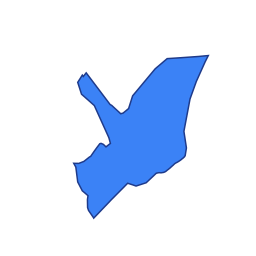 Frogn nor, Akershus, Norway (Natural Earth projection), rotated 111°
{"feature_id": "86288312B7520340450988", "entity_name": "Frogn nor", "entity_type": "district", "adm_level": 2, "iso_a3": "NOR", "parent_name": "Norway", "parent_adm1": "Akershus", "projection": "natural_earth1", "projection_center": [10.684, 59.665], "detail": "fine", "context": "isolated", "style": "filled", "palette": "blue", "viewbox_px": 256, "rotation_deg": 111, "n_neighbors": 0, "source": "geoboundaries", "source_scale": "gbopen_adm2", "svg_char_len": 1434}
<svg xmlns="http://www.w3.org/2000/svg" viewBox="0 0 256 256"><g transform="rotate(111 128 128)"><path d="M49.2,116.3L62.9,123.8L96.3,135.2L109.6,134.4L115.8,137.9L117.3,139.9L112.7,151.4L112.5,153.1L91.5,186.8L95.9,188.2L95.0,189.6L103.4,191.3L113.1,183.5L119.1,167.5L142.9,143.4L143.2,143.1L144.4,142.0L148.7,138.9L153.5,141.8L152.1,145.1L152.0,147.7L152.8,148.7L157.3,150.0L161.8,151.2L167.9,152.7L168.9,153.6L175.0,157.2L178.7,161.3L180.4,166.0L183.2,162.7L196.4,155.6L203.0,148.2L205.5,141.1L209.4,140.2L216.8,137.2L219.1,135.3L224.2,127.9L224.4,127.7L203.2,118.8L201.7,118.2L179.7,108.5L179.4,103.4L179.3,99.7L172.6,91.4L160.3,85.5L160.0,85.3L159.9,85.0L159.5,84.5L159.1,83.9L158.8,83.4L158.5,82.8L158.2,81.8L158.1,81.4L157.9,80.9L157.4,80.1L157.0,79.3L156.4,78.5L155.8,77.9L155.3,77.4L154.5,76.9L154.0,76.6L153.0,76.1L152.3,75.6L151.5,75.1L150.8,74.8L150.3,74.4L149.6,74.1L149.1,73.9L148.5,73.5L148.0,73.3L147.4,73.0L146.9,72.7L146.3,72.4L145.8,72.2L145.2,71.9L144.6,71.6L144.0,71.2L143.6,70.9L143.3,70.6L142.9,70.3L142.6,70.0L141.9,69.4L141.2,68.9L140.7,68.5L140.3,68.2L139.8,67.9L139.4,67.6L139.0,67.4L138.6,67.1L138.2,66.8L137.7,66.6L137.1,66.3L136.8,66.0L136.4,65.8L136.1,65.7L135.7,65.5L135.3,65.3L135.0,65.1L134.7,65.1L134.4,64.9L134.0,64.9L133.7,64.8L133.4,64.7L125.7,66.3L111.1,74.6L78.7,80.5L60.1,80.9L38.7,79.7L31.6,79.0L35.9,87.7L44.0,105.0L49.2,116.3Z" fill="#3b82f6" stroke="#1e3a8a" stroke-width="1.5"/></g></svg>